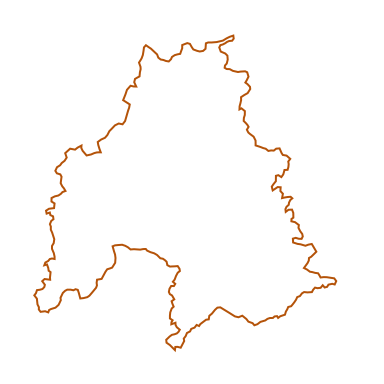 Inácio Martins, Paraná, Brazil (orthographic projection), rotated 274°
{"feature_id": "56859067B63299144707636", "entity_name": "Inácio Martins", "entity_type": "district", "adm_level": 2, "iso_a3": "BRA", "parent_name": "Brazil", "parent_adm1": "Paraná", "projection": "orthographic", "projection_center": [-51.211, -25.645], "detail": "fine", "context": "isolated", "style": "outline", "palette": "amber", "viewbox_px": 384, "rotation_deg": 274, "n_neighbors": 0, "source": "geoboundaries", "source_scale": "gbopen_adm2", "svg_char_len": 5205}
<svg xmlns="http://www.w3.org/2000/svg" viewBox="0 0 384 384"><g transform="rotate(274 192 192)"><path d="M350.9,222.3L349.5,218.9L347.7,215.8L345.2,212.3L343.3,206.2L342.5,200.9L342.3,197.7L341.3,195.5L335.8,195.5L333.5,193.2L332.7,189.9L333.2,187.1L334.3,183.4L336.3,181.8L339.6,179.6L340.2,176.9L338.9,174.1L337.9,172.0L334.7,172.2L331.3,171.2L329.0,170.6L328.3,167.9L327.3,165.2L325.3,162.6L323.0,161.8L320.6,159.7L320.9,156.8L321.7,154.3L322.0,151.5L323.7,149.0L326.8,147.6L328.9,145.0L332.1,141.1L333.4,138.8L335.2,135.8L332.9,134.0L329.4,133.8L325.2,133.4L321.8,132.4L319.4,131.2L317.4,130.1L313.3,131.9L311.0,132.2L307.9,131.7L303.7,131.6L300.9,127.3L297.5,126.7L293.3,129.0L293.2,126.4L293.7,123.3L289.4,120.0L284.7,118.8L278.8,116.9L275.0,123.8L271.6,123.4L268.8,122.6L258.1,120.3L254.7,118.0L255.2,114.1L253.1,110.5L249.7,107.7L246.9,105.3L242.9,103.6L240.0,101.4L238.0,97.7L235.3,94.5L232.4,95.2L228.5,96.7L225.2,98.2L224.9,94.5L224.0,91.8L222.4,88.7L221.1,84.3L225.5,80.0L228.2,78.5L230.6,78.5L228.3,74.8L226.1,72.4L226.7,67.4L221.9,62.8L217.6,64.6L214.2,62.7L211.8,60.0L209.5,58.6L207.3,55.6L203.6,54.2L201.2,55.9L200.4,59.4L198.1,60.8L195.4,60.6L191.6,60.4L188.6,62.2L186.7,64.0L184.2,65.7L182.9,62.8L181.1,61.4L179.2,59.0L178.1,55.5L176.2,52.3L172.7,52.5L171.0,55.7L166.3,55.5L165.3,50.5L163.2,47.7L160.3,48.5L161.6,51.6L159.1,52.3L158.0,55.1L155.2,55.7L153.3,53.6L150.0,52.5L147.7,53.6L144.5,53.8L141.8,55.3L135.3,57.9L131.3,57.6L128.4,56.1L125.5,56.3L121.4,58.4L118.0,59.4L115.6,59.6L115.9,57.0L115.2,54.8L113.2,53.4L111.4,50.6L108.6,49.8L109.6,52.4L106.2,53.9L103.5,54.5L102.2,56.5L96.8,56.3L94.6,56.6L94.9,51.0L92.6,48.8L89.2,51.7L86.9,51.3L84.8,49.6L83.9,47.1L83.3,44.2L80.2,43.4L77.9,41.9L74.8,44.7L69.1,45.7L66.4,47.3L64.1,47.4L61.9,49.3L62.8,53.8L61.9,57.0L64.3,57.7L65.4,59.5L67.1,63.9L70.1,66.8L75.0,68.7L77.2,68.2L82.3,70.2L84.6,72.3L85.9,74.4L86.1,77.7L85.7,80.6L86.9,82.6L86.4,84.9L83.5,86.1L78.0,88.0L78.6,91.2L79.8,94.9L81.4,96.9L84.9,99.5L89.8,103.0L92.2,103.7L94.7,103.2L97.9,103.4L99.0,107.9L106.5,111.3L109.0,112.8L110.0,115.4L111.0,117.6L116.0,120.3L120.8,120.3L124.3,119.6L127.5,118.3L132.3,116.6L133.4,118.9L134.0,122.5L134.5,126.0L133.7,129.1L132.4,131.9L130.4,134.7L130.9,138.1L130.9,144.4L131.7,147.4L131.9,149.9L130.4,151.3L129.1,154.7L128.2,158.6L126.7,161.6L123.7,165.0L123.4,167.6L122.2,169.6L120.7,171.5L117.3,172.5L116.1,175.2L116.7,180.3L117.1,182.9L114.5,184.9L112.3,185.4L110.5,183.4L107.1,181.9L103.4,180.8L101.1,179.2L99.2,181.7L96.9,180.5L96.8,177.8L93.9,176.3L90.7,175.9L88.6,177.0L87.4,179.3L83.7,181.8L81.6,179.3L79.3,180.2L76.3,181.7L74.4,179.9L70.4,178.7L67.1,178.6L64.3,178.8L62.7,181.6L60.7,180.6L58.6,180.6L60.4,184.6L58.2,184.9L56.0,186.3L53.8,189.4L51.7,188.4L49.9,186.8L48.9,184.6L48.1,181.9L46.2,179.7L44.4,178.1L42.8,176.6L39.9,177.1L37.8,180.6L35.1,183.7L33.1,186.0L36.3,186.2L36.5,188.5L35.9,191.6L42.8,194.6L45.2,194.0L47.7,195.7L51.0,196.8L52.8,199.8L55.4,200.8L56.9,204.0L59.7,205.9L58.8,208.4L60.8,209.5L63.7,212.8L65.6,215.0L66.1,217.6L69.7,217.9L72.1,220.4L76.1,223.2L78.4,225.4L78.9,228.3L74.0,237.7L70.9,243.5L70.3,247.1L72.1,250.8L69.1,255.1L66.6,257.3L65.4,261.6L63.4,263.5L64.7,266.5L67.2,269.3L69.0,274.1L70.7,276.1L71.7,278.4L72.0,281.5L73.6,283.0L74.1,285.5L72.4,286.7L74.2,288.7L76.1,293.3L79.3,294.0L81.6,295.2L84.0,296.0L85.0,298.9L87.1,300.4L89.2,301.8L91.8,303.3L94.5,304.3L95.7,306.9L98.6,308.8L100.0,310.8L99.9,314.1L100.5,318.6L103.0,319.7L105.2,321.4L104.8,323.9L105.4,327.0L108.1,328.9L106.0,331.0L106.8,333.4L109.1,334.6L110.2,338.3L109.7,340.8L113.2,342.1L115.8,339.9L116.4,332.5L116.3,329.4L115.7,326.2L117.5,325.1L119.7,323.5L119.9,320.5L120.5,317.6L120.7,315.2L122.7,312.1L124.0,309.0L127.2,311.0L129.1,312.2L131.8,313.3L134.3,313.3L135.7,315.4L139.5,318.8L141.1,320.2L146.5,316.5L148.5,315.1L147.6,311.8L146.3,308.9L147.4,303.9L147.6,300.9L148.7,296.4L152.5,295.9L153.5,298.7L152.8,301.7L152.9,304.6L155.4,305.6L157.8,304.9L160.4,302.7L163.7,300.7L166.5,300.9L169.1,296.9L169.7,293.2L172.0,293.1L173.5,294.9L178.2,294.5L181.4,293.0L181.0,289.5L178.7,286.9L181.4,286.4L183.8,287.3L186.0,289.4L188.1,289.5L190.8,290.6L192.7,292.5L194.1,290.7L193.7,287.9L193.0,284.9L192.2,282.3L196.6,282.8L199.1,280.1L202.9,280.1L202.9,277.1L199.2,272.4L202.9,271.2L205.6,272.8L208.6,274.9L214.0,274.6L214.8,277.0L213.1,280.1L215.9,281.8L218.2,282.3L220.4,282.7L220.8,285.8L223.6,286.4L226.6,286.5L229.1,285.9L231.9,287.7L234.9,283.8L235.3,280.0L237.2,278.6L241.6,276.3L241.1,273.0L239.0,270.7L239.0,268.1L238.3,265.3L240.3,262.5L240.8,259.9L241.7,257.1L242.9,252.2L245.7,252.0L247.8,251.8L251.5,249.6L254.0,245.7L255.3,244.0L258.0,242.4L260.9,243.9L262.8,242.6L264.4,241.0L266.5,238.6L269.6,238.6L272.5,239.3L276.4,239.1L278.9,235.5L277.7,233.6L280.8,233.5L283.9,234.1L287.1,234.6L290.0,234.3L292.4,237.4L294.5,240.6L298.8,242.9L301.0,242.5L303.5,239.8L304.9,237.6L307.3,238.8L311.0,240.3L315.3,238.7L316.1,236.6L315.5,232.0L314.9,229.5L315.7,224.3L317.2,221.1L317.1,218.0L318.2,215.9L320.5,216.1L322.6,217.7L326.5,218.4L330.5,217.8L332.5,215.5L334.1,210.9L338.1,209.1L340.5,210.1L341.3,212.4L342.7,214.7L344.2,216.5L345.2,218.5L345.7,221.5L347.9,222.9L350.9,222.3Z" fill="none" stroke="#b45309" stroke-width="2"/></g></svg>